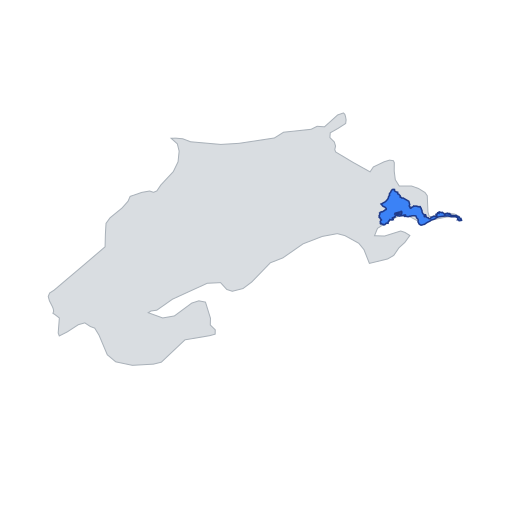 location of Golfito, Puntarenas, Costa Rica, rotated 300°
{"feature_id": "36466004B12763689767454", "entity_name": "Golfito", "entity_type": "district", "adm_level": 2, "iso_a3": "CRI", "parent_name": "Costa Rica", "parent_adm1": "Puntarenas", "projection": "mercator", "projection_center": [-83.1, 8.423], "detail": "fine", "context": "in_parent", "style": "filled", "palette": "blue", "viewbox_px": 512, "rotation_deg": 300, "n_neighbors": 0, "source": "geoboundaries", "source_scale": "gbopen_adm2", "svg_char_len": 7615}
<svg xmlns="http://www.w3.org/2000/svg" viewBox="0 0 512 512"><g transform="rotate(300 256 256)"><path d="M423.6,260.2L423.1,262.1L421.3,264.0L418.9,266.0L415.6,267.4L407.6,263.3L399.8,258.7L395.5,260.8L393.9,266.8L391.0,269.9L387.4,271.1L385.9,273.1L385.6,293.5L385.9,312.7L391.8,313.1L401.6,319.8L405.8,323.7L407.2,327.3L406.0,329.1L398.7,333.2L391.7,338.5L388.2,345.1L394.4,355.8L395.7,363.0L395.5,370.6L393.8,374.2L380.1,382.9L377.1,385.9L377.5,388.1L385.1,394.1L388.6,399.9L391.6,406.9L392.0,413.0L385.2,401.7L375.7,391.0L367.5,384.4L366.9,368.9L363.6,360.5L351.2,352.8L340.7,347.4L332.8,348.5L337.6,357.4L350.0,368.8L350.9,373.2L350.7,379.0L342.1,378.1L334.6,375.7L325.4,375.0L319.3,371.5L306.3,357.9L315.5,346.3L318.4,338.7L318.1,322.8L316.0,315.2L306.0,303.5L290.1,290.7L267.8,280.2L257.3,271.8L231.3,265.3L221.3,261.0L213.6,253.1L212.4,247.4L215.2,238.6L208.0,227.4L176.9,205.3L159.5,197.2L155.8,192.5L153.0,191.0L155.7,206.2L163.3,215.3L183.1,223.9L188.6,228.9L190.8,235.3L179.3,247.7L173.4,250.9L171.7,257.6L167.9,259.7L163.9,255.8L147.9,236.4L116.7,227.1L111.1,221.3L99.5,203.6L94.2,187.4L96.1,176.6L108.9,159.7L112.9,152.4L112.1,147.8L112.5,141.2L107.7,136.5L95.9,130.5L88.4,125.6L90.4,123.2L104.0,116.7L104.8,110.8L104.8,108.8L107.0,108.4L108.9,106.8L110.2,105.2L113.9,99.5L117.1,96.3L120.8,95.8L125.4,98.2L142.5,104.3L161.4,111.1L188.5,120.7L199.7,114.6L209.3,109.8L216.1,110.5L230.6,116.0L239.4,117.8L244.7,117.2L254.0,125.3L259.1,131.4L259.9,135.4L262.8,137.6L270.0,138.1L287.7,142.2L298.6,141.4L308.4,137.0L313.8,131.8L315.5,123.6L318.0,127.7L320.9,134.0L322.2,142.2L335.0,169.7L345.1,185.0L367.4,212.9L377.0,218.0L393.3,240.4L398.9,244.1L402.1,250.7L419.0,256.2L423.6,260.2Z" fill="#d9dde1" stroke="#a8b0b8" stroke-width="1"/><path d="M346.6,347.2L346.4,347.4L346.2,347.6L346.1,347.8L346.4,348.0L346.7,348.1L346.9,347.6L347.1,347.5L346.8,347.9L346.7,348.3L346.8,348.5L346.5,349.0L346.7,349.4L346.7,349.7L347.1,350.3L347.0,350.6L346.7,350.8L346.8,350.9L347.1,351.5L347.5,351.6L347.6,351.9L347.7,352.0L349.0,352.1L349.3,352.6L349.8,352.7L350.3,354.0L350.5,354.0L350.7,353.6L351.4,353.6L351.8,353.4L352.3,353.4L352.6,353.7L353.2,353.7L353.4,353.6L353.8,353.7L354.5,353.7L354.5,354.0L354.6,354.3L354.8,354.5L355.1,355.6L355.4,356.1L355.8,356.3L356.1,356.7L356.3,356.5L356.4,356.1L356.6,356.0L356.6,355.9L356.3,355.7L356.5,355.4L357.2,355.3L357.3,355.2L357.4,355.4L357.7,355.4L358.0,355.6L358.1,355.8L358.1,356.2L358.4,356.3L358.6,356.5L358.9,356.3L359.4,356.3L359.4,356.7L359.6,356.6L360.0,356.5L360.3,356.9L360.8,356.9L361.7,357.2L361.8,357.2L362.0,356.9L362.3,356.6L362.3,356.4L362.3,356.0L362.4,355.7L362.2,355.6L362.2,355.3L361.6,355.3L361.6,355.2L362.1,355.2L362.4,355.0L362.5,355.0L362.7,355.5L363.0,355.7L363.4,355.7L364.4,357.0L364.6,357.0L365.4,357.8L365.7,358.0L365.8,358.5L366.3,359.0L366.3,359.4L366.8,359.2L367.3,359.3L367.4,359.7L367.2,360.1L366.8,360.1L366.6,360.4L366.4,360.2L365.8,360.2L365.7,360.4L365.9,360.6L365.8,360.9L365.5,361.0L365.0,361.0L364.8,361.2L364.6,361.2L364.3,360.9L363.8,360.8L363.9,360.7L364.0,360.1L364.3,360.0L364.4,359.8L363.9,359.1L364.2,358.9L364.3,358.7L364.5,358.6L364.8,358.3L364.4,358.3L364.2,358.4L363.6,358.5L363.4,358.2L363.3,357.8L363.2,357.7L362.7,358.0L362.4,358.4L362.2,358.6L362.0,358.4L362.3,358.2L362.5,358.0L362.4,357.8L363.2,357.2L362.8,356.7L362.5,357.0L362.1,357.8L361.8,358.0L361.7,358.4L362.0,359.1L362.2,360.2L362.6,360.6L363.3,361.6L363.8,362.2L364.1,362.7L365.2,363.4L366.2,364.7L366.2,365.0L365.8,365.2L365.7,365.3L365.3,365.0L364.9,364.5L364.7,364.4L364.5,364.6L364.6,365.0L365.3,365.9L365.5,366.2L365.6,367.0L365.9,367.6L366.0,368.0L366.3,368.4L366.7,368.7L367.0,369.1L367.4,369.3L367.9,370.2L368.4,370.5L369.0,371.2L369.3,371.8L369.7,372.3L370.0,373.0L370.3,373.5L370.5,373.9L370.5,374.2L370.6,374.5L369.6,375.7L369.3,376.0L369.2,376.7L369.0,377.5L368.7,378.1L368.1,378.6L367.6,378.8L367.2,378.9L366.5,379.4L366.2,379.7L365.9,380.4L365.3,381.1L365.2,382.0L365.3,382.4L365.1,382.7L365.1,383.1L365.3,383.4L365.4,383.8L365.6,384.0L366.3,384.7L367.0,385.2L367.3,385.7L367.8,386.2L368.9,386.6L370.0,387.2L370.7,387.5L372.3,388.6L373.4,389.3L375.0,390.0L376.1,391.1L376.8,391.8L378.4,392.8L379.1,393.0L380.9,394.3L381.9,395.4L382.6,396.4L382.9,396.7L383.4,397.4L385.1,399.7L385.8,400.9L386.6,402.2L387.0,403.2L387.7,405.6L389.2,408.2L389.6,408.6L389.9,410.1L389.8,411.4L389.5,412.0L389.3,412.3L389.0,412.3L388.5,412.2L388.4,412.3L388.6,412.9L388.3,412.8L388.5,413.2L388.4,413.7L388.1,414.0L388.1,414.3L388.4,414.7L388.9,415.2L389.1,415.7L389.6,416.1L389.8,416.2L390.6,415.0L390.9,414.8L390.8,414.7L390.3,414.6L390.7,413.9L391.0,413.1L391.3,412.6L391.1,412.0L391.2,411.0L391.1,410.5L390.8,410.3L390.7,409.6L391.2,409.6L391.3,409.3L390.9,408.6L390.3,408.0L390.0,407.1L389.5,406.1L389.2,405.8L388.9,404.3L388.9,404.2L389.0,404.0L389.0,403.8L389.1,403.5L389.0,403.2L389.5,402.8L389.6,402.6L388.8,402.3L389.0,401.8L389.0,401.4L388.7,400.2L388.3,400.0L388.1,400.4L387.9,399.9L387.4,399.4L387.3,399.0L386.4,399.0L386.2,398.8L386.6,398.0L386.6,397.5L386.8,396.8L386.8,396.1L387.0,395.8L387.0,395.5L386.9,395.3L386.2,394.9L386.2,394.2L386.0,393.6L386.0,393.2L385.8,392.6L385.1,392.9L384.5,393.1L384.6,392.4L384.3,391.7L384.0,391.7L383.4,392.0L383.0,392.0L382.7,391.8L382.6,391.5L382.4,391.1L382.2,391.1L381.8,391.2L381.5,391.6L381.3,392.5L381.1,392.7L381.0,392.8L380.6,392.5L380.2,391.7L379.7,391.3L379.3,390.1L379.0,389.8L378.3,389.5L377.3,388.7L377.2,388.3L376.9,388.3L376.6,388.4L376.2,388.4L375.9,388.2L375.3,388.2L374.8,387.0L374.8,386.8L375.2,386.1L375.2,385.8L374.9,385.3L374.8,384.3L374.9,383.9L375.4,383.5L376.5,382.2L376.3,381.8L376.1,381.8L375.1,382.5L374.4,382.5L374.2,382.2L374.3,382.0L374.8,381.8L375.3,381.4L375.7,380.7L376.0,380.4L376.0,379.7L376.1,379.4L377.0,378.0L377.5,377.6L377.9,377.4L378.4,377.0L378.9,376.3L379.2,375.7L379.7,375.4L379.9,375.2L380.4,374.1L380.9,373.5L380.8,373.2L380.3,373.0L380.0,372.5L379.9,371.7L379.6,371.2L379.7,370.9L379.7,370.7L379.3,370.1L379.4,369.9L379.0,369.4L378.9,368.9L378.4,368.5L378.3,368.0L378.3,367.6L378.0,367.5L377.5,367.5L377.3,367.4L376.4,366.9L376.1,366.5L374.8,366.3L374.6,366.0L374.6,365.6L375.3,364.7L375.6,364.7L375.6,364.2L375.8,363.8L376.3,363.5L377.3,363.5L379.8,361.0L379.8,354.3L379.3,353.8L379.1,353.4L379.1,353.1L379.4,352.3L379.1,351.9L379.0,351.5L379.3,351.2L380.0,351.0L380.3,350.7L380.6,349.5L380.8,349.2L380.9,348.7L380.6,348.1L380.8,347.7L381.0,347.4L381.4,347.3L381.6,347.1L382.1,346.8L381.6,345.6L381.6,345.1L381.7,344.7L381.6,344.1L381.7,343.4L382.1,342.9L382.3,342.8L382.8,342.8L382.9,342.7L382.3,341.4L381.7,340.8L381.2,340.8L380.9,340.6L380.0,340.6L379.7,340.5L378.2,340.8L377.0,340.3L375.9,340.8L375.7,341.2L375.4,341.4L375.0,341.4L374.7,341.2L374.1,341.1L373.3,341.2L372.7,341.5L372.2,341.6L370.7,341.6L369.6,341.3L368.7,341.2L367.5,340.7L367.0,340.6L366.5,340.3L365.9,339.7L364.9,339.3L364.5,339.0L364.1,338.9L363.5,338.3L363.3,338.7L363.2,339.4L362.6,340.8L362.6,341.6L362.7,342.0L362.6,342.4L362.8,342.7L362.7,343.8L362.4,344.1L362.4,344.8L362.3,345.0L361.8,345.4L361.5,345.5L361.1,345.4L360.4,344.7L360.2,344.6L359.6,344.6L359.4,344.5L359.2,344.2L357.6,343.5L357.4,343.2L357.3,342.8L357.0,342.6L356.6,342.5L356.3,341.9L356.1,341.8L355.5,341.8L355.0,341.5L354.9,341.6L354.8,342.1L354.5,342.3L353.2,342.5L352.9,342.4L352.6,342.4L352.2,343.0L351.5,343.0L351.1,343.2L351.0,344.0L351.1,344.5L350.8,344.8L350.7,344.7L350.5,344.9L350.4,345.2L350.3,345.3L350.2,345.6L350.1,345.9L350.3,346.2L350.2,346.4L349.9,346.7L349.7,346.6L349.3,346.5L349.1,346.4L348.2,346.3L347.7,346.5L347.3,347.1L346.6,347.2Z" fill="#3b82f6" stroke="#1e3a8a" stroke-width="1.5"/></g></svg>